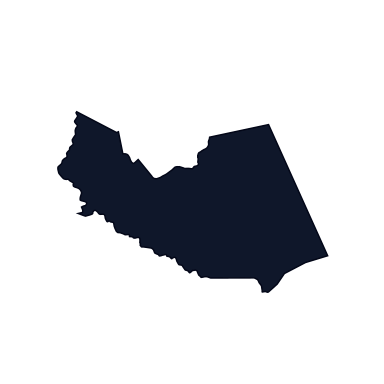 outline of San Marcos de Caiquin, Lempira, Honduras, rotated 51°
{"feature_id": "27666195B28555901802935", "entity_name": "San Marcos de Caiquin", "entity_type": "district", "adm_level": 2, "iso_a3": "HND", "parent_name": "Honduras", "parent_adm1": "Lempira", "projection": "natural_earth1", "projection_center": [-88.626, 14.387], "detail": "fine", "context": "isolated", "style": "filled", "palette": "ink", "viewbox_px": 384, "rotation_deg": 51, "n_neighbors": 0, "source": "geoboundaries", "source_scale": "gbopen_adm2", "svg_char_len": 5918}
<svg xmlns="http://www.w3.org/2000/svg" viewBox="0 0 384 384"><g transform="rotate(51 192 192)"><path d="M187.8,90.1L160.5,143.8L161.8,145.2L162.5,146.5L163.2,147.5L164.0,148.1L165.1,148.8L165.8,149.4L166.3,150.2L166.7,151.1L166.9,151.9L167.1,152.5L167.1,153.8L166.9,154.9L166.6,155.8L166.2,158.5L166.2,160.0L165.8,161.8L166.1,162.8L167.3,164.6L168.8,165.8L170.0,166.2L171.4,167.6L172.5,168.7L173.8,169.0L174.7,169.7L174.9,170.9L174.7,172.0L173.8,173.7L173.6,174.4L173.8,175.2L174.1,176.4L174.1,177.1L173.6,177.8L171.9,179.4L171.2,180.2L169.5,182.4L168.7,183.2L167.8,183.6L166.6,184.4L165.5,185.1L164.4,185.9L163.7,186.8L163.1,187.5L162.4,188.6L162.0,189.7L162.1,191.4L162.3,193.6L162.0,200.7L161.6,202.8L161.2,204.4L160.8,207.5L159.5,211.1L158.0,212.7L156.9,213.2L155.9,213.4L155.1,213.4L154.0,213.3L132.9,213.4L133.2,217.7L133.2,219.1L132.5,219.8L131.6,220.1L131.0,220.2L129.6,220.0L128.5,219.8L126.0,218.9L124.7,218.7L123.2,218.5L121.9,218.8L120.9,219.4L120.2,220.0L119.5,220.8L118.8,221.7L98.9,211.3L98.3,213.2L57.1,231.1L57.2,231.3L57.3,231.9L57.4,232.2L57.6,232.3L58.2,232.5L59.4,232.7L60.0,232.8L60.8,232.9L61.0,233.0L61.6,234.2L62.0,235.4L62.7,237.8L63.0,238.5L63.4,238.9L63.6,239.0L63.9,239.1L65.1,239.2L66.3,239.2L67.3,239.1L67.7,239.1L68.1,239.2L68.3,239.5L68.7,240.0L69.0,240.4L69.1,240.9L69.2,241.7L69.5,242.3L69.9,243.0L70.5,243.8L70.9,244.2L71.4,244.6L73.1,245.7L74.0,246.3L74.2,246.6L74.4,247.0L74.7,248.3L75.2,249.9L75.9,251.7L76.1,252.2L76.4,252.4L77.1,252.9L77.8,253.2L78.6,253.4L79.0,253.6L79.7,253.9L80.2,254.4L80.3,254.6L80.3,255.0L80.4,258.5L80.6,259.0L81.1,259.6L81.4,260.0L81.9,260.4L82.1,260.6L82.2,260.8L82.4,261.4L82.4,262.3L82.5,263.1L82.7,264.1L83.1,265.1L85.7,266.6L85.8,266.7L85.9,267.0L86.1,267.7L86.2,268.4L86.1,268.9L85.8,270.0L85.8,270.7L85.9,271.7L86.0,272.6L86.1,272.9L86.5,273.5L87.6,274.9L87.7,275.2L87.9,275.6L88.0,276.0L88.0,276.5L88.1,278.2L88.1,279.2L88.2,280.0L88.3,280.4L88.5,280.6L88.7,280.9L89.7,281.7L90.5,282.2L91.6,282.7L93.0,283.4L94.0,283.7L94.5,283.7L96.8,283.7L99.2,283.6L100.2,283.5L100.8,283.4L101.2,283.2L101.6,283.0L102.0,282.7L102.5,282.3L103.3,281.5L104.0,280.3L104.3,280.1L104.6,280.0L104.9,280.0L105.7,280.0L106.3,279.9L109.9,278.6L110.5,278.5L110.8,278.7L111.2,279.3L111.6,279.8L112.7,280.4L112.9,280.4L113.1,280.4L113.7,280.2L114.6,279.8L115.3,279.3L116.5,278.5L117.3,278.1L117.9,277.8L118.6,277.6L119.3,277.5L119.8,277.4L120.7,277.5L121.6,277.7L122.5,278.0L123.2,278.4L123.5,278.7L125.8,282.1L127.1,283.4L127.6,283.7L127.9,283.9L128.1,283.9L128.3,283.8L129.0,283.5L130.2,282.6L131.8,281.4L132.7,280.9L133.3,280.7L133.7,280.7L134.0,280.7L134.4,280.9L134.7,281.2L135.0,281.6L135.3,282.4L135.5,283.0L135.5,283.4L135.4,283.7L135.0,284.3L134.8,284.8L134.3,286.4L134.2,287.2L134.2,287.3L134.3,287.3L135.7,287.8L137.2,288.2L137.4,288.3L138.4,289.3L139.0,290.0L137.1,293.9L139.2,292.7L142.1,291.0L143.5,290.1L143.8,289.8L144.5,288.1L145.4,286.1L145.9,284.7L146.2,283.9L146.2,283.5L146.3,283.1L146.2,282.7L145.5,282.1L145.3,281.8L145.1,281.4L144.9,280.7L144.8,280.2L144.8,279.8L145.0,279.3L145.2,279.0L145.5,278.6L145.9,278.4L147.0,278.1L148.3,277.9L149.7,278.0L150.2,278.0L150.6,277.9L151.1,277.7L151.4,277.5L151.7,277.2L152.5,276.1L153.1,275.3L153.8,274.7L154.1,274.5L154.3,274.4L154.6,274.4L155.6,274.6L156.5,275.1L157.7,275.8L158.5,276.1L160.3,276.5L161.0,276.6L161.5,276.6L161.8,276.5L162.0,276.2L162.1,275.9L162.1,275.4L162.1,275.1L162.3,274.7L162.5,274.5L162.7,274.4L163.0,274.3L163.3,274.2L163.7,274.2L163.9,274.1L164.9,273.3L165.8,272.5L166.1,272.4L166.3,272.3L166.8,272.5L167.4,272.7L168.1,273.1L169.5,273.9L171.1,274.5L171.7,274.7L174.8,275.5L175.4,275.5L176.4,275.2L176.9,275.1L177.1,274.9L177.7,274.2L178.2,273.6L178.5,273.4L181.1,271.8L181.7,271.5L182.7,271.1L183.2,270.8L183.6,270.3L184.0,269.6L184.5,268.9L185.3,267.9L185.5,267.8L185.6,267.7L185.8,267.8L186.5,268.0L186.8,268.2L187.1,268.5L187.3,268.6L187.6,268.4L188.0,267.8L188.5,267.3L189.5,266.4L189.9,266.3L190.3,266.4L190.6,266.4L190.8,266.3L191.1,266.2L191.6,265.7L192.1,265.0L192.3,264.6L192.7,263.6L193.1,262.9L193.7,262.2L193.9,262.0L194.2,261.8L194.5,261.7L194.9,261.8L195.4,261.9L195.9,262.2L196.9,262.9L198.0,263.9L198.4,264.3L199.1,264.6L199.3,264.6L199.6,264.5L199.8,264.6L200.2,265.2L200.8,265.8L201.7,265.8L202.7,265.8L203.0,265.7L203.7,264.8L204.1,264.3L207.1,261.5L209.4,259.4L210.0,258.9L210.4,258.7L211.0,258.5L211.6,258.4L212.7,258.3L214.0,258.7L215.5,259.2L215.8,259.3L216.5,259.1L217.3,258.7L218.5,258.1L219.4,257.5L220.1,257.5L220.8,257.6L221.1,257.6L221.3,257.4L221.6,256.9L222.0,256.2L222.4,254.9L222.8,254.2L223.7,252.3L224.1,251.5L224.3,251.4L226.1,251.9L226.4,251.8L226.6,251.3L226.8,251.1L227.6,250.6L228.1,250.4L228.6,250.1L229.2,249.9L230.3,250.0L230.7,249.9L230.9,249.8L231.1,249.7L231.0,248.9L231.1,248.4L231.5,247.2L231.6,246.9L231.9,246.5L232.1,246.3L232.3,246.2L232.5,246.1L232.9,246.1L233.7,246.3L234.7,246.6L235.9,247.2L236.3,247.3L239.0,247.8L240.0,247.9L240.3,247.8L240.6,247.6L242.3,246.1L242.5,246.0L242.7,245.9L243.4,245.9L244.8,246.1L247.6,246.3L248.2,246.3L248.4,246.3L248.7,246.1L249.8,245.3L250.4,244.9L251.0,244.8L252.4,244.8L253.2,244.7L253.3,244.5L253.4,244.4L253.4,243.9L253.5,242.5L253.3,241.2L253.3,240.8L253.5,240.6L253.9,240.2L254.1,239.9L254.3,239.5L254.5,239.0L254.6,238.7L254.8,238.5L255.0,238.3L255.6,238.1L256.1,237.9L256.7,237.8L257.1,237.7L257.5,237.8L257.8,238.1L258.0,238.3L259.8,238.7L260.2,238.9L260.7,239.0L260.9,239.0L261.5,238.9L262.3,238.7L264.1,238.6L265.0,237.1L265.6,235.8L266.7,234.2L267.9,233.2L270.6,231.6L297.4,198.3L298.0,197.6L299.8,196.8L301.2,196.2L301.5,196.2L302.0,196.2L303.0,196.4L304.4,196.8L304.7,196.9L308.1,197.0L308.4,197.0L309.1,197.3L310.8,198.3L312.5,199.3L313.1,199.7L313.6,200.2L313.8,200.3L314.0,200.2L314.6,199.1L315.5,197.6L317.3,196.5L317.5,196.2L317.7,195.8L317.8,195.5L317.2,183.8L313.5,171.5L318.2,148.2L326.9,126.7L187.8,90.1Z" fill="#0f172a" stroke="#020617" stroke-width="1.5"/></g></svg>